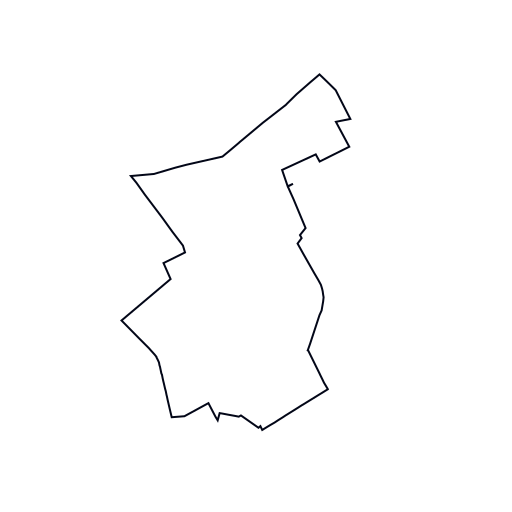 San Antonino Castillo Velasco, Oaxaca, Mexico (Albers equal-area conic projection), rotated 45°
{"feature_id": "50627088B75205486816607", "entity_name": "San Antonino Castillo Velasco", "entity_type": "district", "adm_level": 2, "iso_a3": "MEX", "parent_name": "Mexico", "parent_adm1": "Oaxaca", "projection": "albers", "projection_center": [-96.688, 16.817], "detail": "fine", "context": "isolated", "style": "outline", "palette": "ink", "viewbox_px": 512, "rotation_deg": 45, "n_neighbors": 0, "source": "geoboundaries", "source_scale": "gbopen_adm2", "svg_char_len": 1599}
<svg xmlns="http://www.w3.org/2000/svg" viewBox="0 0 512 512"><g transform="rotate(45 256 256)"><path d="M172.5,82.7L171.5,95.2L170.3,112.9L170.2,126.9L170.3,127.6L166.6,157.1L163.9,187.1L163.9,188.0L163.7,190.4L163.0,198.7L162.0,209.4L142.4,240.5L136.6,250.4L125.8,270.2L111.0,287.9L119.8,288.8L133.9,291.2L162.6,295.2L179.8,298.0L197.0,300.3L203.3,303.7L195.6,326.4L211.9,332.7L206.5,396.7L231.1,396.9L245.5,396.9L248.4,397.1L250.6,397.2L254.2,397.4L256.9,397.7L257.2,398.0L260.3,399.0L262.7,399.9L265.0,401.5L266.6,402.3L267.6,403.0L268.7,403.7L272.2,406.0L273.4,406.4L276.5,408.5L279.5,410.4L280.2,410.8L285.5,414.1L287.8,415.4L291.1,417.6L292.3,418.3L295.2,420.2L302.9,425.0L310.4,429.6L318.7,419.9L326.4,393.7L341.0,398.3L345.1,399.3L341.4,392.8L343.5,391.3L348.2,388.1L354.7,383.6L357.4,381.8L358.1,379.4L379.2,375.7L379.4,373.2L383.4,374.6L385.1,367.5L385.2,367.2L385.6,365.5L386.9,360.7L387.8,356.3L389.0,351.1L389.7,347.6L390.0,346.4L392.4,336.0L393.0,333.4L393.1,333.0L393.2,332.4L394.0,328.8L394.2,328.2L400.5,301.6L401.0,299.5L401.0,299.4L400.4,299.2L393.6,297.5L390.5,296.4L385.2,294.6L384.9,294.5L384.7,294.4L360.0,286.0L359.8,286.0L359.5,286.0L359.3,286.1L356.3,279.8L342.7,252.9L340.9,248.1L335.5,240.5L333.0,237.4L330.6,235.7L328.1,233.8L326.5,232.8L325.5,232.2L322.3,230.5L321.0,230.1L316.9,228.9L309.2,226.9L287.8,221.0L276.6,217.8L275.6,211.1L272.3,210.1L271.3,201.2L242.6,189.4L229.4,184.4L231.1,178.8L229.1,184.3L213.6,176.7L226.4,141.9L234.2,144.2L244.7,112.8L217.6,104.6L225.8,92.4L195.1,82.4L182.6,82.5L172.5,82.7Z" fill="none" stroke="#020617" stroke-width="2"/></g></svg>